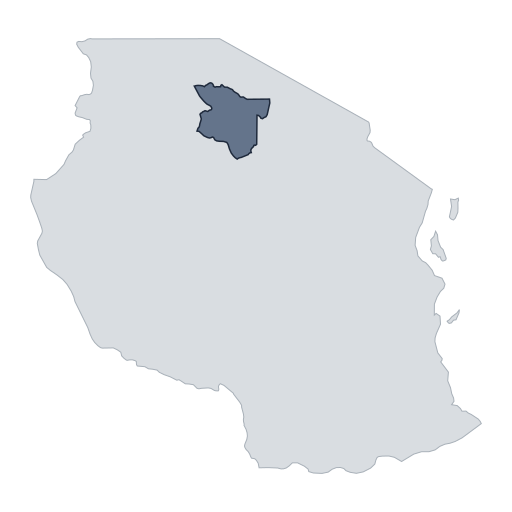 Simiyu highlighted on a map of United Republic of Tanzania
{"feature_id": "TZA-5585", "entity_name": "Simiyu", "entity_type": "Region", "adm_level": 1, "iso_a3": "TZA", "parent_name": "United Republic of Tanzania", "parent_adm1": "", "projection": "albers", "projection_center": [34.096, -3.023], "detail": "fine", "context": "in_parent", "style": "filled", "palette": "slate", "viewbox_px": 512, "rotation_deg": 0, "n_neighbors": 0, "source": "natural_earth", "source_scale": "10m", "svg_char_len": 5001}
<svg xmlns="http://www.w3.org/2000/svg" viewBox="0 0 512 512"><path d="M176.8,380.2L170.2,376.8L164.2,374.7L159.3,372.3L157.1,370.1L152.5,369.2L148.5,368.8L144.9,366.7L137.3,366.0L136.5,364.6L136.3,361.4L135.0,360.6L132.3,359.8L129.3,359.9L127.5,360.3L126.4,360.1L124.0,358.3L121.7,355.9L120.8,352.2L117.3,349.8L113.3,347.9L102.2,348.1L100.5,347.6L97.9,345.7L94.8,342.6L92.3,339.0L90.1,334.2L87.8,327.6L75.0,301.6L73.7,296.6L71.2,291.1L67.1,284.4L62.8,279.5L56.9,274.9L50.3,270.4L46.7,267.4L39.8,255.1L38.4,249.4L37.3,243.4L37.7,241.0L41.9,233.3L42.4,231.1L41.8,228.2L39.7,222.0L37.0,214.6L31.5,201.1L30.7,197.6L30.8,195.1L33.9,181.3L33.9,179.3L46.6,179.6L55.9,173.5L64.0,164.4L65.6,160.7L68.9,154.8L72.1,152.0L73.4,150.0L75.2,144.2L79.5,140.2L83.6,137.2L82.7,135.1L83.4,134.3L85.6,132.8L90.0,131.3L90.9,128.3L90.8,124.9L90.1,123.0L90.3,120.8L89.6,119.6L86.7,119.3L82.4,117.6L78.8,116.8L76.4,115.9L75.5,115.1L75.1,113.1L77.1,107.8L75.1,105.6L79.5,96.9L80.3,95.8L81.9,95.6L84.5,94.7L86.8,94.3L88.8,94.6L90.2,94.2L91.5,93.2L92.5,90.3L93.4,85.3L92.9,81.3L91.0,78.1L90.5,73.4L91.3,67.0L90.7,61.7L88.7,57.5L86.5,54.9L83.3,53.8L78.3,47.3L76.7,44.2L77.0,42.2L78.7,41.4L81.9,41.7L85.0,40.9L87.8,39.1L90.5,38.6L92.0,38.9L219.6,38.7L368.5,122.0L369.1,123.0L370.2,130.2L370.0,132.6L367.7,136.8L367.0,138.9L367.0,140.4L367.5,141.0L369.5,141.2L371.1,142.2L371.7,143.0L373.0,146.1L374.6,147.7L431.0,188.7L432.3,189.3L431.4,192.7L428.2,201.0L428.0,204.5L426.8,208.5L425.5,211.2L422.2,222.9L419.5,227.2L415.7,237.4L415.1,245.3L417.1,250.7L417.9,255.9L422.2,260.9L425.7,262.7L428.0,265.1L432.2,270.3L434.5,275.6L442.0,278.2L445.0,284.1L443.8,288.2L440.4,291.5L437.1,297.0L434.4,304.1L434.3,315.1L436.1,313.4L440.0,316.1L440.5,324.2L436.4,333.5L435.1,337.9L434.9,341.7L437.8,352.9L442.2,358.6L441.9,360.4L440.7,361.9L448.4,372.1L447.7,380.8L450.5,387.7L451.7,393.6L453.6,398.1L454.0,401.3L451.6,404.7L457.2,405.6L460.4,408.5L462.0,411.2L466.0,411.1L468.2,413.0L471.3,414.5L478.3,419.1L480.2,421.4L481.3,423.6L462.0,437.9L455.1,441.5L450.1,443.2L444.9,444.2L439.8,446.4L435.1,449.9L429.0,451.7L421.6,451.7L413.8,454.1L401.6,461.5L394.4,457.3L388.9,456.0L382.4,456.1L378.5,456.6L377.1,457.5L375.9,460.0L374.8,464.1L370.6,468.1L363.2,471.9L356.4,473.3L350.2,472.3L346.0,470.7L343.8,468.5L340.5,467.5L336.3,467.6L332.2,469.2L328.2,472.1L322.0,473.4L313.4,473.0L308.8,471.6L308.1,469.1L304.4,466.2L297.5,462.8L292.4,462.8L289.2,465.9L286.2,468.0L283.5,468.8L281.1,468.9L277.6,468.0L268.1,467.6L259.1,467.8L258.2,463.2L256.4,460.3L254.7,458.7L251.6,458.2L250.8,456.9L249.7,454.1L248.2,451.6L246.2,449.6L245.0,447.7L244.5,446.0L244.9,444.1L246.8,439.4L247.4,436.1L247.1,432.8L246.1,429.4L244.0,425.3L244.2,424.2L243.5,421.4L243.4,419.5L243.8,417.0L243.4,413.9L241.6,407.1L241.6,405.3L239.7,402.1L233.7,394.3L233.4,393.3L224.0,385.4L220.3,383.7L218.9,385.2L218.4,386.6L218.8,389.1L218.6,390.3L218.2,390.9L215.9,390.8L214.5,390.5L211.0,388.4L208.2,387.9L201.4,388.3L198.9,388.8L197.0,388.3L193.4,384.7L189.1,384.0L185.3,383.8L179.0,379.7L176.8,380.2ZM443.1,249.6L446.2,258.3L445.8,259.9L443.6,260.9L442.4,261.0L441.1,259.6L440.1,256.7L438.5,257.3L435.6,253.8L432.8,253.7L430.4,249.5L431.4,245.9L430.8,239.7L433.9,236.5L435.6,231.2L437.5,234.8L438.0,240.5L440.6,247.2L443.1,249.6ZM458.3,198.1L458.6,200.2L457.9,202.1L458.0,208.3L457.8,212.3L455.4,218.0L453.5,220.0L451.8,219.4L450.4,218.5L449.4,216.9L451.6,206.5L450.5,199.0L454.9,199.7L458.3,198.1ZM451.4,322.9L449.3,323.4L448.4,322.9L447.1,321.2L449.4,319.7L451.7,316.9L457.0,312.9L459.4,309.6L459.0,312.8L456.0,319.8L453.5,320.2L451.4,322.9Z" fill="#d9dde1" stroke="#a8b0b8" stroke-width="1"/><path d="M210.2,82.8L211.7,83.1L212.9,84.3L213.6,85.9L213.5,86.3L215.1,87.2L216.2,86.7L219.0,86.8L220.6,86.7L220.9,85.3L221.9,84.7L224.5,87.1L225.9,87.2L227.3,87.2L230.5,88.9L231.6,89.2L232.5,89.7L233.5,91.1L234.8,92.1L237.8,93.8L238.9,95.1L239.9,96.6L241.0,97.2L242.3,97.0L243.4,97.0L245.7,98.6L247.1,99.3L269.5,99.1L269.8,103.0L267.2,114.6L266.0,116.7L263.8,117.7L263.2,118.2L262.5,118.7L260.9,118.2L260.0,116.7L258.4,115.4L257.0,115.2L256.7,144.3L255.6,145.3L254.6,145.1L253.8,145.4L253.7,146.0L253.5,146.6L252.1,147.9L251.0,149.4L250.8,151.0L251.3,152.6L249.8,152.9L248.7,153.8L248.2,154.6L241.3,157.4L239.8,157.7L238.4,158.2L237.2,159.1L235.2,157.7L233.5,156.0L231.3,153.1L229.5,149.1L228.1,144.5L226.8,142.4L223.5,141.4L219.7,141.3L216.7,140.9L214.8,139.8L213.6,137.5L212.4,137.0L211.0,137.7L209.5,138.0L207.5,137.5L203.9,135.8L201.0,133.1L199.1,131.4L197.0,131.1L198.0,128.2L199.0,127.2L199.5,126.0L199.8,124.0L200.9,120.5L201.3,118.9L200.0,114.3L200.6,113.3L201.6,113.0L202.2,112.3L202.9,111.7L203.8,111.4L205.0,110.7L207.8,111.5L209.3,110.3L210.0,110.0L210.8,110.0L211.6,109.2L211.8,108.1L210.8,106.2L208.9,105.1L207.1,104.2L205.6,102.9L203.8,101.1L200.7,97.5L199.5,95.9L194.3,86.1L194.9,86.0L196.0,85.6L198.0,85.4L200.5,85.5L202.8,85.9L204.4,86.7L205.3,85.7L205.9,85.2L206.5,85.1L206.8,84.9L208.7,83.5L210.2,82.8Z" fill="#64748b" stroke="#1e293b" stroke-width="1.5"/></svg>